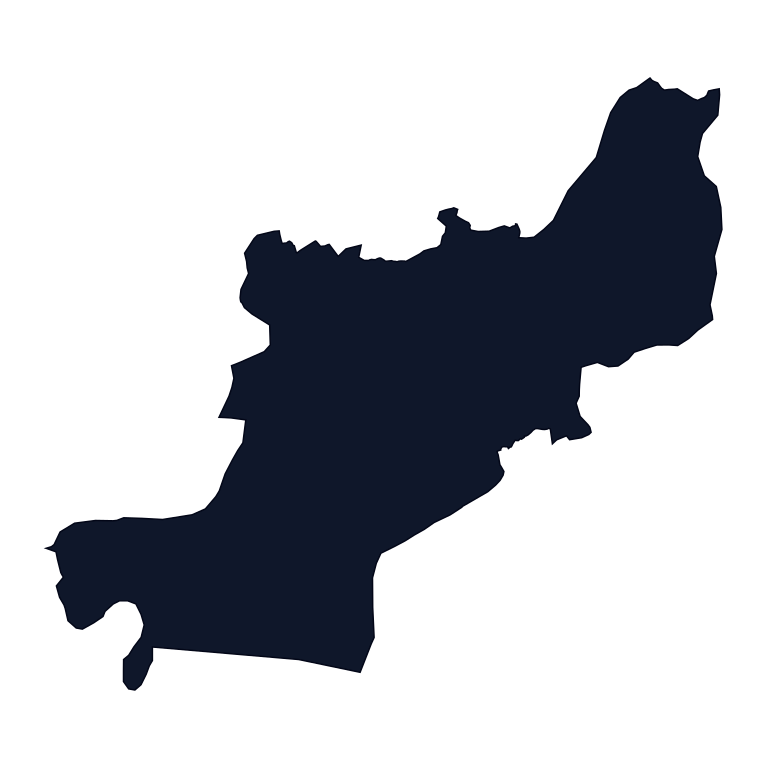 Zuru, Kebbi, Nigeria (Albers equal-area conic projection)
{"feature_id": "59680162B28239494939120", "entity_name": "Zuru", "entity_type": "district", "adm_level": 2, "iso_a3": "NGA", "parent_name": "Nigeria", "parent_adm1": "Kebbi", "projection": "albers", "projection_center": [5.264, 11.439], "detail": "fine", "context": "isolated", "style": "filled", "palette": "ink", "viewbox_px": 768, "rotation_deg": 0, "n_neighbors": 0, "source": "geoboundaries", "source_scale": "gbopen_adm2", "svg_char_len": 3974}
<svg xmlns="http://www.w3.org/2000/svg" viewBox="0 0 768 768"><path d="M591.1,432.3L589.9,427.4L588.1,424.9L580.1,416.4L576.1,403.2L579.2,396.2L579.3,389.8L579.6,384.2L581.1,367.3L585.9,365.7L597.4,362.4L608.5,366.7L618.0,366.0L628.2,359.1L634.1,352.2L645.2,348.5L656.8,345.0L668.8,344.9L677.7,345.5L688.7,338.5L697.8,330.1L712.6,319.5L712.3,315.8L710.0,304.8L716.4,273.5L714.3,256.3L721.9,229.5L720.8,207.4L716.3,186.5L704.3,175.8L697.7,156.6L700.1,142.2L702.5,133.5L717.8,115.2L719.6,94.8L719.2,88.8L718.8,88.9L713.4,89.9L708.6,91.0L708.0,92.4L706.8,95.4L706.5,95.6L704.4,97.5L701.4,98.6L697.7,100.4L693.2,98.8L677.3,88.8L674.5,89.2L668.7,89.5L664.4,90.1L661.6,88.3L660.0,86.3L657.6,82.9L654.0,81.5L651.9,80.3L650.0,78.0L636.7,87.6L629.1,90.1L620.2,97.5L610.7,112.6L604.5,130.3L596.3,157.5L568.2,190.7L553.4,220.4L549.6,224.0L543.9,229.4L534.1,237.2L526.2,238.1L518.7,237.7L519.1,236.1L519.8,233.0L519.8,231.3L519.2,229.2L516.9,224.1L515.6,223.9L515.4,225.7L512.7,226.2L509.8,227.9L504.3,225.9L498.8,227.5L489.1,231.2L478.1,231.5L470.7,230.1L469.7,227.8L470.2,225.4L468.5,222.7L465.4,221.3L459.5,218.0L455.9,215.5L457.0,212.4L457.2,210.8L457.7,209.4L453.8,207.8L451.6,208.6L448.8,209.1L445.3,210.0L439.8,211.9L439.1,214.6L438.5,216.8L437.7,218.5L446.3,226.1L445.3,232.8L442.5,236.3L440.8,244.6L437.0,247.7L430.6,248.9L423.9,250.9L419.9,253.9L408.4,260.1L405.8,261.5L404.6,261.1L400.8,261.0L398.7,261.2L397.1,261.8L395.4,261.4L393.4,261.3L391.6,260.7L385.5,261.3L384.1,260.1L380.8,258.1L379.6,258.0L378.2,258.4L376.8,259.0L375.6,259.7L374.3,259.7L373.0,259.6L371.5,259.4L369.6,259.9L368.5,260.5L366.9,260.4L364.2,260.4L358.7,257.3L361.2,245.1L346.0,248.9L338.2,256.4L329.2,244.4L327.8,244.7L324.9,246.0L320.5,246.4L318.3,243.8L316.1,241.3L315.3,241.0L301.4,249.7L300.2,250.5L299.4,251.1L298.3,251.9L297.1,252.9L296.3,252.5L294.3,245.7L292.8,245.1L292.6,244.3L291.7,242.7L289.5,241.2L288.3,241.6L286.4,243.1L284.8,243.1L282.2,243.5L281.5,241.4L280.9,239.2L279.7,234.2L279.2,230.9L274.1,231.3L257.4,235.3L254.1,238.6L244.6,253.2L246.6,261.5L247.2,267.9L248.6,273.5L241.0,289.4L240.1,297.7L240.4,300.0L240.8,301.8L242.1,303.0L244.4,307.6L252.0,314.0L269.7,325.0L270.3,345.0L264.2,351.7L254.9,355.8L240.9,362.0L234.7,364.5L231.5,365.7L233.9,378.3L231.9,387.5L229.0,396.2L219.0,417.3L223.8,417.5L231.1,417.9L245.8,419.9L242.9,442.8L237.7,450.6L232.5,459.8L225.2,473.8L219.3,490.9L215.8,496.7L215.7,496.8L205.4,508.9L192.1,514.8L162.6,519.5L142.1,518.4L123.7,517.8L116.9,520.4L113.0,520.8L95.5,520.5L74.6,523.2L60.1,532.0L54.1,544.6L51.4,546.7L46.1,548.3L56.0,551.8L57.5,559.3L60.8,572.5L61.9,574.7L63.4,577.1L62.5,578.3L56.5,585.8L56.4,585.9L56.5,586.3L59.6,597.4L64.0,604.9L65.2,608.4L68.0,620.7L76.2,628.0L82.4,629.1L93.7,622.8L102.7,616.7L103.0,616.5L104.6,612.4L105.1,611.3L113.3,603.9L119.5,600.8L127.7,600.8L135.9,603.9L136.1,604.3L141.1,614.4L144.2,624.9L141.1,637.5L140.4,638.3L133.9,646.9L128.7,655.3L123.6,659.5L123.6,660.3L123.5,671.1L123.5,681.6L128.7,688.9L134.9,690.0L140.9,684.8L141.0,684.7L146.2,674.2L149.2,666.1L149.3,665.8L151.6,661.9L152.4,660.6L152.4,658.4L152.4,654.3L152.4,648.5L152.4,647.0L298.7,659.5L360.1,672.3L371.2,643.9L374.1,637.5L372.7,607.4L372.5,577.8L376.3,563.3L380.9,553.2L394.8,546.3L405.3,540.7L414.1,535.1L424.2,529.4L434.1,522.5L450.2,514.8L461.9,507.2L462.4,506.4L487.8,491.7L495.6,485.1L500.1,480.3L503.1,475.2L503.9,471.5L501.8,467.8L499.9,464.7L498.2,455.0L497.0,451.7L498.4,450.6L499.3,450.5L500.8,450.0L500.7,448.9L502.2,446.8L504.1,446.6L505.8,446.8L507.6,446.8L508.4,448.5L509.2,447.9L510.0,447.1L511.1,447.0L511.8,446.0L512.9,443.6L515.2,440.2L516.8,440.6L518.3,440.6L520.4,438.7L521.4,439.2L522.3,438.7L524.4,437.2L524.4,436.2L526.0,436.0L528.1,434.9L529.6,433.6L530.9,432.5L533.0,430.2L535.5,428.6L537.9,428.6L540.1,429.0L542.5,429.4L544.7,429.5L547.1,429.1L548.8,428.3L550.3,428.9L552.4,443.8L556.7,439.8L566.5,435.8L569.6,439.7L581.7,437.7L588.8,434.5L591.1,432.3Z" fill="#0f172a" stroke="#020617" stroke-width="1.5"/></svg>